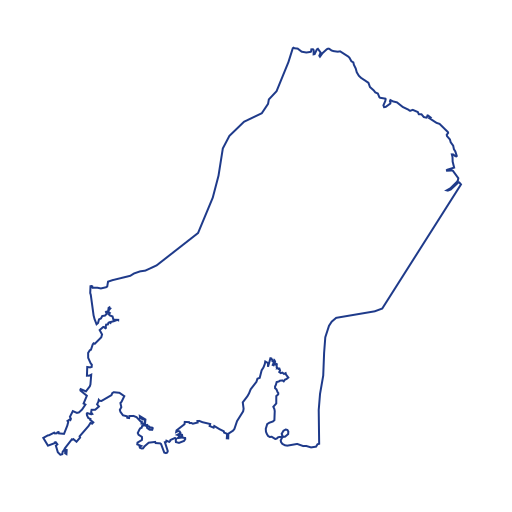 outline of Weloy, Federated States of Micronesia, rotated 94°
{"feature_id": "79324940B30441549583849", "entity_name": "Weloy", "entity_type": "district", "adm_level": 2, "iso_a3": "FSM", "parent_name": "Federated States of Micronesia", "parent_adm1": "", "projection": "mercator", "projection_center": [138.112, 9.532], "detail": "fine", "context": "isolated", "style": "outline", "palette": "blue", "viewbox_px": 512, "rotation_deg": 94, "n_neighbors": 0, "source": "geoboundaries", "source_scale": "gbopen_adm2", "svg_char_len": 6064}
<svg xmlns="http://www.w3.org/2000/svg" viewBox="0 0 512 512"><g transform="rotate(94 256 256)"><path d="M330.1,412.7L335.2,410.3L333.8,408.9L330.2,408.2L329.1,406.3L326.6,405.2L326.0,402.5L324.0,400.8L321.6,402.2L322.6,400.6L320.8,399.6L318.0,399.4L317.5,398.7L318.2,398.5L318.5,397.7L320.6,399.2L322.7,399.1L323.1,397.9L324.5,398.7L325.5,397.6L326.3,394.9L329.2,393.9L329.5,392.4L329.3,389.0L329.7,389.0L329.4,389.9L331.0,393.3L331.9,396.2L332.9,396.5L332.3,397.6L332.9,398.5L334.6,399.0L334.9,400.7L336.7,401.0L338.2,400.7L338.6,401.1L337.4,403.0L337.5,403.5L340.8,406.8L345.0,404.1L347.9,404.7L354.8,410.7L354.4,411.9L355.6,412.7L361.0,414.1L361.6,415.2L364.4,416.7L369.3,416.3L374.5,413.5L375.9,412.2L378.1,412.2L378.7,413.7L378.5,416.6L387.2,416.3L387.0,414.0L385.9,412.1L395.6,412.2L397.6,412.7L402.9,416.2L401.0,421.6L401.7,421.9L402.5,421.7L407.2,415.0L415.2,417.7L416.1,415.8L421.3,418.8L424.4,421.7L425.0,423.7L423.5,427.9L429.4,430.4L431.3,429.3L432.5,429.7L432.0,430.4L433.7,432.5L434.5,431.7L438.3,432.4L446.8,435.1L446.7,440.2L445.4,440.7L445.7,441.7L446.8,442.4L447.0,444.4L446.3,445.0L449.3,450.1L449.5,451.2L452.3,455.5L459.7,450.3L456.7,443.7L456.0,443.7L455.7,442.8L457.7,441.0L459.2,442.4L465.6,440.0L467.9,437.3L467.2,435.4L464.8,435.2L463.1,434.1L463.9,432.7L466.1,432.6L466.8,431.3L462.7,431.3L462.3,433.1L461.4,433.4L451.7,426.9L452.0,426.1L451.4,425.4L453.8,422.1L449.4,418.8L448.2,419.4L437.3,411.2L434.1,409.5L434.7,407.8L433.3,406.7L431.0,410.0L430.1,409.8L429.3,412.0L426.7,413.5L425.1,413.8L424.5,413.4L425.4,409.3L425.0,408.3L423.4,409.6L420.9,409.3L420.6,405.7L417.1,402.2L415.0,404.2L412.4,403.1L410.5,402.8L411.3,402.0L411.4,400.1L404.9,390.5L402.8,389.8L401.8,388.4L402.0,382.7L405.0,377.6L410.9,380.0L412.1,381.0L416.2,379.8L419.0,381.1L420.9,380.4L424.2,377.6L424.9,373.5L426.4,373.1L426.5,371.3L424.5,371.2L424.1,367.0L425.1,363.9L429.4,359.2L429.6,358.2L431.2,358.5L431.5,356.1L429.4,355.4L428.0,355.2L427.3,355.6L426.7,356.6L427.0,358.0L426.0,358.4L425.9,360.3L423.8,360.7L426.8,354.9L431.2,355.0L432.5,354.2L432.1,352.7L433.4,351.8L433.6,350.5L434.5,349.9L434.4,347.7L434.9,347.0L436.6,347.4L436.7,350.1L435.1,352.6L433.4,353.0L432.6,355.7L433.6,357.8L435.3,358.1L436.0,359.5L437.5,360.3L440.8,361.6L442.5,360.7L444.4,357.2L446.1,356.9L447.5,357.0L450.4,361.2L452.2,361.3L453.5,357.3L454.4,358.8L455.4,358.4L456.0,356.6L455.8,355.3L453.5,353.8L449.7,350.0L448.5,343.6L449.6,343.1L449.6,338.5L450.2,337.6L458.5,333.8L458.9,332.1L458.3,330.9L456.8,330.4L448.1,333.9L447.7,332.7L446.5,332.5L447.5,329.6L446.4,328.7L445.5,328.5L443.2,324.1L443.8,322.9L445.3,323.2L447.2,322.9L447.8,319.8L445.5,314.9L443.6,313.8L442.5,314.0L442.3,317.4L443.1,321.3L441.5,320.1L441.2,316.9L439.5,317.3L439.1,319.0L440.2,320.8L439.9,322.0L438.6,319.8L437.6,319.1L436.3,320.0L436.1,321.6L437.1,323.3L435.5,323.1L428.8,315.6L426.5,315.5L426.4,311.2L427.3,310.6L427.1,308.8L427.7,307.3L426.2,302.6L424.7,302.9L424.5,301.0L425.5,297.9L426.8,290.0L428.8,290.4L430.2,286.3L428.5,285.8L431.3,280.3L433.1,275.9L434.4,275.5L435.4,272.4L439.9,272.4L439.9,271.0L435.2,271.2L431.9,266.8L430.1,265.5L422.0,263.4L411.9,258.0L409.3,257.7L402.9,259.0L396.5,254.8L393.6,253.4L389.3,252.0L381.5,246.8L378.3,246.0L377.3,243.8L369.6,242.4L366.7,240.8L363.2,239.7L360.6,239.4L362.0,236.5L364.8,236.4L364.8,236.1L357.0,234.5L357.1,233.7L358.1,233.6L358.2,232.2L359.8,232.2L360.2,230.7L359.0,230.2L359.9,229.6L360.5,229.6L361.6,230.7L361.5,231.0L363.5,231.7L363.8,230.8L362.6,230.4L362.8,229.3L362.2,228.3L362.5,227.7L363.5,228.1L364.2,227.6L365.4,227.7L365.9,227.0L366.6,227.2L366.4,226.4L367.1,225.7L366.7,224.8L368.5,224.0L370.1,224.7L371.1,223.1L370.5,221.6L371.7,219.8L370.8,218.3L372.2,217.8L375.0,215.3L376.6,217.0L377.3,218.5L379.1,219.6L378.3,220.9L378.7,223.4L379.6,224.5L380.3,226.6L383.2,227.2L384.8,227.9L386.6,227.7L387.6,226.3L390.3,225.0L391.2,224.2L392.5,224.2L394.3,226.0L401.7,225.5L405.2,228.2L407.4,227.0L409.4,226.5L418.5,226.2L419.9,227.6L421.4,231.1L422.9,233.1L427.7,234.2L430.6,233.8L432.7,232.8L434.7,231.4L435.6,229.6L435.2,227.8L437.2,224.0L436.7,222.6L435.3,221.3L434.8,219.7L434.9,218.5L433.5,217.0L431.6,218.0L428.4,216.4L427.0,214.2L427.4,212.5L428.9,211.5L431.4,211.5L434.2,214.4L434.6,216.5L435.7,217.5L438.3,218.5L439.9,218.0L441.6,216.6L442.8,213.9L443.0,211.5L440.6,201.8L442.3,195.7L442.0,192.7L443.1,187.7L442.0,182.8L439.5,181.5L438.9,179.9L405.2,182.7L389.0,182.5L370.6,180.6L347.8,181.3L332.2,181.2L320.5,178.3L316.2,175.9L312.1,171.7L302.9,133.7L299.6,126.4L170.3,56.5L168.4,58.4L168.3,59.1L176.1,66.4L177.4,69.2L177.2,70.3L174.9,66.8L168.0,60.7L166.6,59.9L164.3,59.6L157.3,65.5L157.0,66.3L157.6,71.4L156.9,71.6L156.6,71.2L154.0,64.5L148.2,66.4L143.5,66.9L141.0,67.7L140.9,66.5L142.5,64.1L142.7,63.2L142.2,62.7L137.7,64.5L135.7,66.0L132.2,67.0L129.0,69.7L126.2,70.7L123.1,73.8L121.8,74.2L119.8,72.9L119.0,73.2L111.4,82.1L110.6,85.2L106.4,92.8L105.6,91.6L103.8,94.3L103.8,94.7L105.5,95.2L106.1,95.7L105.7,98.3L103.1,100.8L103.2,103.5L101.1,104.6L99.3,109.8L100.4,112.4L100.2,113.0L99.4,114.2L97.1,120.0L92.9,126.1L92.2,130.2L91.1,132.8L92.2,133.2L93.7,132.5L94.6,132.7L98.2,137.0L98.6,138.6L96.8,139.4L92.3,137.8L90.4,137.6L90.0,137.9L89.5,143.3L89.0,144.0L85.4,145.8L84.5,148.4L82.6,150.1L79.5,154.1L75.4,155.9L71.0,163.6L69.0,166.0L65.7,168.3L62.0,169.6L58.4,171.7L56.1,172.4L55.1,174.4L51.7,176.6L50.6,177.9L46.0,186.3L46.5,188.8L46.2,193.0L45.7,195.0L44.2,197.4L44.1,198.5L44.8,199.8L49.0,203.8L52.7,206.1L51.8,206.8L48.6,205.7L45.0,208.7L45.7,209.7L50.5,211.6L50.8,212.6L46.7,212.8L45.8,213.6L46.0,215.2L48.2,215.3L48.6,215.9L49.5,220.0L49.0,224.7L46.2,228.9L46.1,232.0L45.6,233.1L46.2,233.8L60.4,237.2L90.2,247.0L98.9,254.1L103.4,254.6L113.2,260.2L122.9,277.3L138.0,290.9L151.0,296.6L178.5,299.0L200.8,303.2L237.1,315.4L272.3,354.5L278.3,365.4L279.4,370.5L281.9,376.4L284.5,380.0L290.0,397.2L291.9,401.8L296.8,402.3L297.6,403.3L299.2,408.5L298.7,412.1L299.1,416.8L298.8,417.2L297.7,417.2L297.4,417.9L297.7,419.0L304.5,418.8L306.3,418.1L326.5,413.9L330.1,412.7Z" fill="none" stroke="#1e3a8a" stroke-width="2"/></g></svg>